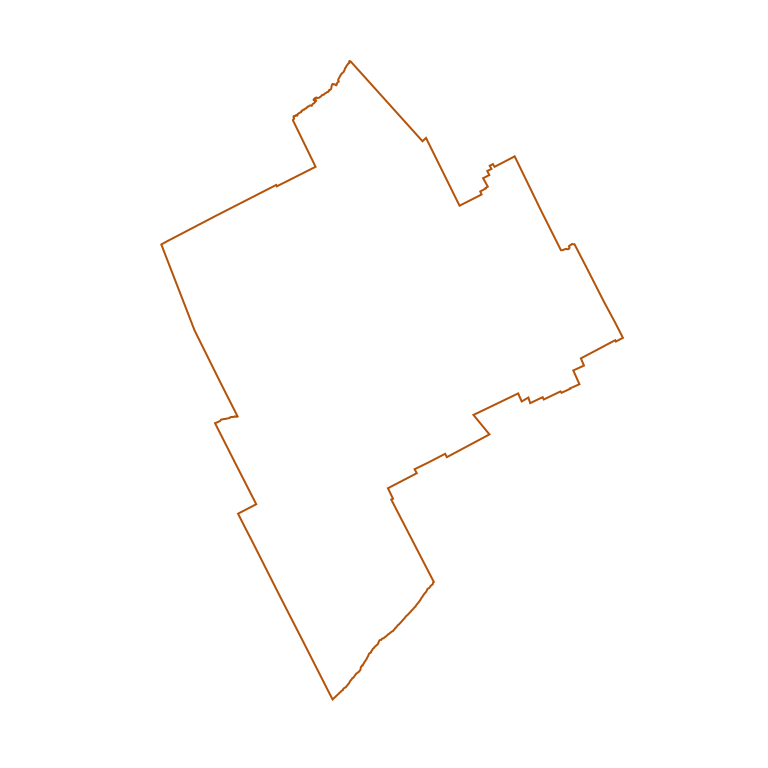 outline of Luján, Buenos Aires, Argentina, rotated 5°
{"feature_id": "61730980B60632601419482", "entity_name": "Luján", "entity_type": "district", "adm_level": 2, "iso_a3": "ARG", "parent_name": "Argentina", "parent_adm1": "Buenos Aires", "projection": "orthographic", "projection_center": [-59.164, -34.589], "detail": "fine", "context": "isolated", "style": "outline", "palette": "amber", "viewbox_px": 768, "rotation_deg": 5, "n_neighbors": 0, "source": "geoboundaries", "source_scale": "gbopen_adm2", "svg_char_len": 6070}
<svg xmlns="http://www.w3.org/2000/svg" viewBox="0 0 768 768"><g transform="rotate(5 384 384)"><path d="M608.8,302.5L596.0,283.0L575.9,250.8L561.6,228.2L561.3,228.3L559.0,228.2L558.7,228.6L558.4,228.9L557.1,229.7L556.7,230.0L556.3,230.7L556.3,231.0L556.5,231.3L556.9,231.8L556.9,232.4L556.6,233.0L556.2,233.3L555.9,233.6L555.5,233.7L554.9,233.8L554.0,233.6L553.1,233.7L551.1,234.6L550.5,235.0L550.1,235.1L548.6,235.3L525.9,198.5L494.3,145.8L493.8,146.2L475.2,158.0L473.3,155.4L470.3,157.4L472.3,160.4L468.3,162.8L470.7,166.7L464.8,170.3L470.2,178.4L468.1,179.9L468.3,180.3L463.1,183.8L464.7,186.7L443.7,199.8L404.4,135.2L401.2,138.8L322.8,65.7L322.5,65.5L321.9,65.3L321.5,65.3L321.3,65.6L321.2,66.0L321.4,66.3L321.5,66.8L321.5,67.1L321.3,67.4L320.9,67.6L320.6,67.7L320.3,68.1L320.0,68.8L319.5,69.5L319.0,70.2L318.7,70.9L318.6,71.5L318.4,71.9L317.9,72.4L317.6,73.4L317.4,73.9L317.3,75.0L316.9,75.6L316.7,76.5L316.5,76.8L315.8,77.4L315.2,78.0L315.0,78.4L314.7,78.6L314.3,79.2L313.9,80.2L313.6,80.7L313.2,81.5L312.9,82.4L312.1,84.1L311.9,84.6L311.9,85.3L312.0,85.6L312.4,86.1L312.5,86.4L312.5,86.8L312.0,87.1L311.7,87.6L311.0,88.3L310.8,89.2L310.8,89.7L310.7,90.1L310.5,90.5L310.2,90.6L309.4,90.1L309.2,89.9L308.8,89.7L308.4,89.8L308.0,90.0L307.7,89.8L307.4,89.7L307.1,89.6L306.7,89.6L306.4,89.9L306.2,90.2L306.1,90.6L305.9,91.5L305.8,92.0L305.8,93.3L305.7,93.7L305.5,94.7L305.3,95.1L304.8,95.6L304.0,95.8L303.7,96.0L303.5,96.3L303.4,96.8L303.4,97.3L303.2,97.6L303.0,97.8L302.6,98.0L302.2,98.0L301.5,98.6L301.0,99.0L300.4,99.5L299.9,99.7L299.4,100.1L299.1,100.5L298.9,101.0L298.1,101.3L297.2,101.5L296.9,101.7L296.7,101.9L296.6,102.2L296.5,102.6L296.3,102.9L295.8,103.3L295.3,103.6L294.7,104.2L294.4,104.4L294.1,104.6L292.8,104.9L292.5,104.9L291.5,104.5L290.8,105.1L290.3,105.3L289.6,106.0L289.5,106.3L289.3,106.6L289.1,107.0L289.4,107.4L290.0,107.4L290.8,107.0L291.1,107.1L291.4,107.1L291.7,107.7L291.6,108.1L291.2,108.5L290.8,108.8L290.5,109.3L290.4,109.7L290.3,109.9L289.9,110.4L289.1,110.8L288.8,111.1L288.5,111.4L288.2,111.9L287.8,113.1L287.5,113.2L287.0,112.9L286.6,112.9L285.9,113.0L285.0,113.7L284.8,114.0L284.5,114.1L283.8,114.4L283.5,114.7L283.5,115.0L283.1,115.2L282.8,115.4L282.5,116.1L282.2,116.3L281.7,116.4L281.4,116.7L280.5,117.7L280.1,117.7L279.7,117.7L279.2,118.4L278.9,118.6L278.5,118.8L278.3,119.1L278.3,119.5L278.1,119.7L277.7,119.8L277.6,120.5L276.4,121.1L276.2,121.2L275.9,121.4L275.7,121.7L275.5,121.9L274.6,122.5L274.4,122.8L274.4,123.7L274.2,124.0L273.6,123.6L273.0,123.8L272.8,124.6L272.6,124.7L272.1,124.5L271.8,124.6L271.5,124.8L271.0,124.9L270.7,125.1L270.8,125.5L270.6,126.0L270.8,126.5L271.1,126.6L271.3,127.0L271.2,127.5L271.0,127.8L270.9,128.2L270.6,128.4L270.3,128.8L270.3,129.1L270.4,129.4L296.9,173.6L260.0,196.4L259.3,195.1L201.2,231.5L155.0,261.0L150.0,264.4L190.6,347.1L220.6,396.3L241.0,429.1L240.5,429.5L239.7,429.5L239.1,429.4L238.4,429.2L238.2,429.4L237.6,429.8L236.7,429.8L235.9,430.1L234.8,430.1L234.5,430.3L233.8,430.5L233.7,430.9L232.9,431.4L232.2,431.6L231.9,431.7L231.6,431.8L230.8,432.1L229.8,432.3L229.2,432.5L228.9,432.7L228.7,432.8L227.7,432.8L227.3,432.9L226.8,433.2L226.4,433.3L225.3,433.5L224.7,433.8L224.3,434.6L224.1,434.9L223.5,435.4L222.4,436.0L222.1,436.3L221.4,436.6L220.9,436.8L220.2,437.2L219.9,437.3L219.5,437.6L219.1,437.8L243.1,476.4L267.2,514.9L249.9,525.9L258.9,540.4L265.9,551.4L298.5,604.0L327.8,650.7L355.2,694.7L360.3,702.7L368.8,693.1L369.9,692.3L369.8,691.7L370.0,691.4L370.2,691.1L370.9,690.3L371.1,690.2L371.5,689.9L372.4,689.4L372.6,689.1L372.7,688.7L372.9,688.4L373.3,688.0L373.7,687.5L374.2,686.6L374.5,686.0L375.2,685.3L375.9,683.4L376.3,682.7L376.7,682.1L377.1,681.6L377.6,680.9L378.0,680.0L378.3,679.7L378.8,679.5L379.1,679.1L379.5,678.5L380.4,676.9L381.2,675.8L381.3,675.3L381.7,674.8L382.6,674.3L383.0,673.7L383.3,673.5L383.6,673.3L384.0,672.9L384.3,672.5L384.5,672.1L385.2,671.3L385.3,670.9L385.4,670.4L385.5,669.7L385.6,668.8L385.7,667.9L386.3,667.2L386.5,666.6L386.7,666.3L387.1,666.3L387.4,666.2L387.6,665.2L388.0,664.4L388.1,664.1L388.4,663.6L388.7,663.2L388.8,662.6L389.2,662.2L389.8,660.9L390.0,660.5L390.3,660.1L390.5,659.7L390.7,659.4L391.0,658.3L391.2,657.8L391.7,656.9L392.2,655.5L392.3,654.8L392.6,654.0L393.1,653.4L394.0,653.0L394.4,652.6L394.5,652.0L394.5,651.6L394.7,651.2L395.4,650.3L395.5,649.9L395.6,649.4L395.8,649.1L396.1,648.6L396.9,647.9L397.2,647.6L397.5,647.0L397.7,646.6L398.6,645.7L399.6,644.6L400.3,644.0L400.5,643.7L400.7,642.8L400.9,642.4L401.1,642.2L401.2,641.7L401.2,641.3L401.4,640.7L401.9,639.8L402.2,639.5L402.5,639.3L403.2,639.1L403.6,639.1L403.8,638.7L404.0,638.3L404.3,637.9L404.6,637.7L405.6,637.4L406.0,637.1L406.7,636.3L406.9,636.1L408.6,634.7L409.3,633.8L409.7,633.2L410.2,632.8L410.7,632.5L411.0,632.3L412.0,631.2L412.9,630.4L413.3,630.1L413.7,629.7L414.2,629.5L414.7,629.1L414.8,628.7L415.6,627.7L416.0,627.2L416.3,626.4L416.6,626.2L417.0,625.8L417.5,625.1L417.9,624.6L418.1,624.1L419.0,622.8L419.4,622.4L419.8,622.3L420.1,622.0L420.5,621.3L421.3,620.3L421.6,619.9L422.4,618.9L423.1,617.7L424.1,616.6L425.0,615.3L426.2,613.4L426.4,613.2L427.4,612.3L427.7,611.9L428.4,611.0L429.2,610.1L429.4,609.6L430.3,608.8L430.6,608.2L431.1,607.4L432.8,605.4L433.7,604.0L434.6,603.1L435.0,602.5L435.5,601.4L435.8,600.9L436.2,600.3L436.9,599.4L437.2,599.0L438.5,596.8L438.8,596.4L439.1,595.8L439.3,595.4L439.5,594.9L439.9,594.0L440.4,593.2L440.8,592.5L441.5,591.3L442.1,590.1L442.4,589.5L443.3,588.4L443.7,588.0L444.0,587.4L444.7,586.0L444.8,585.6L444.9,585.1L445.1,584.5L445.4,584.1L446.5,583.5L446.8,583.3L447.1,582.9L447.5,582.3L447.6,581.9L448.2,581.0L448.6,580.6L448.8,580.3L449.3,579.9L449.8,579.5L450.0,579.2L450.1,578.1L450.2,577.6L450.5,577.4L450.9,576.9L401.3,498.5L403.0,497.5L397.0,487.5L424.4,470.0L421.9,466.2L434.1,458.9L451.0,448.2L453.0,451.4L493.4,425.0L475.8,407.0L518.5,381.7L522.7,389.4L529.0,384.9L531.3,390.3L543.2,383.3L544.5,385.5L560.5,376.0L561.6,377.3L569.8,372.6L569.6,372.2L578.7,367.2L571.4,354.0L581.6,348.2L577.9,341.3L610.5,320.2L611.3,321.5L618.0,317.2L608.8,302.5Z" fill="none" stroke="#b45309" stroke-width="2"/></g></svg>